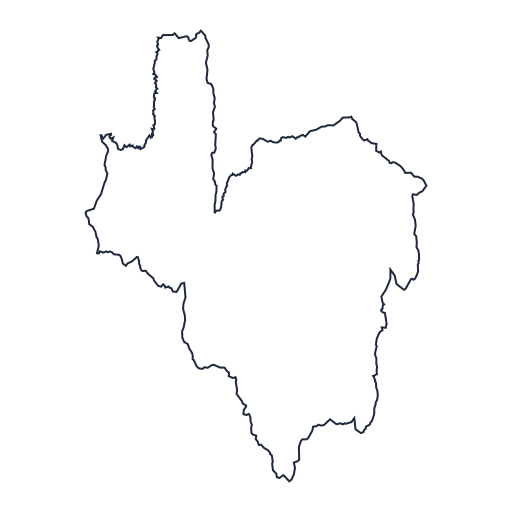 Pacho, Cundinamarca, Colombia
{"feature_id": "7082276B92865884587662", "entity_name": "Pacho", "entity_type": "district", "adm_level": 2, "iso_a3": "COL", "parent_name": "Colombia", "parent_adm1": "Cundinamarca", "projection": "equal_earth", "projection_center": [-74.189, 5.166], "detail": "fine", "context": "isolated", "style": "outline", "palette": "slate", "viewbox_px": 512, "rotation_deg": 0, "n_neighbors": 0, "source": "geoboundaries", "source_scale": "gbopen_adm2", "svg_char_len": 6031}
<svg xmlns="http://www.w3.org/2000/svg" viewBox="0 0 512 512"><path d="M298.9,137.1L296.8,137.4L295.8,138.7L292.4,136.2L289.7,137.5L288.1,136.9L285.9,137.9L282.7,137.1L281.3,138.0L280.7,140.5L279.6,140.5L279.5,141.3L277.3,142.6L273.0,142.2L270.5,140.7L267.9,141.8L262.3,138.7L259.4,138.5L257.5,140.7L256.8,140.6L253.3,144.8L252.5,145.0L251.3,147.3L252.3,156.6L251.6,159.2L252.2,161.9L250.9,166.7L251.1,168.2L248.6,168.1L247.9,169.7L246.5,170.9L245.3,170.5L245.2,172.2L242.3,172.1L241.5,173.2L240.5,173.3L239.8,174.8L237.9,174.5L235.8,175.8L232.8,173.6L232.3,175.0L231.1,175.2L229.2,177.3L226.8,183.6L227.1,185.9L226.2,186.8L225.2,189.9L225.5,192.0L223.7,193.5L223.6,196.3L222.6,196.4L222.4,198.4L223.1,199.7L221.6,201.4L221.2,206.9L220.3,209.3L219.5,210.6L216.0,210.7L214.7,213.2L214.6,204.9L215.5,200.7L215.5,195.2L216.4,191.9L216.6,185.9L215.4,184.7L214.7,181.2L213.2,179.1L214.1,173.5L212.5,168.3L212.6,159.5L211.3,155.1L212.2,152.8L214.3,152.7L215.8,148.6L215.2,144.3L215.9,134.3L214.0,132.2L216.3,128.7L213.4,126.5L212.7,125.0L213.0,121.1L213.7,120.3L213.0,112.2L214.9,106.9L214.0,103.0L214.7,97.9L213.4,93.7L213.3,88.7L211.4,84.2L207.5,82.8L206.5,78.8L207.5,69.9L205.9,62.6L207.7,55.7L207.3,50.2L208.7,47.3L208.7,44.4L205.6,38.2L205.2,35.5L200.9,30.7L198.9,33.0L196.6,33.8L195.9,35.1L196.3,36.3L195.7,37.9L191.1,41.0L189.6,40.8L188.5,38.8L188.5,37.6L186.8,36.2L178.7,38.1L174.6,33.3L172.7,35.0L162.9,35.1L161.0,38.1L158.0,37.6L158.6,39.0L157.3,41.3L158.1,44.8L157.3,45.1L157.0,46.4L159.1,49.9L158.2,50.1L158.0,51.2L156.4,52.1L157.3,52.8L157.5,54.1L156.5,56.6L156.4,59.5L154.8,60.6L154.9,62.2L153.3,69.0L154.4,72.0L153.4,74.0L154.7,74.1L157.0,76.8L156.6,77.5L155.4,77.3L154.2,78.9L156.7,80.9L154.9,83.0L156.2,84.6L155.9,87.5L157.3,88.6L155.1,91.2L156.7,93.0L154.7,93.1L154.1,94.2L153.9,96.9L154.9,98.0L154.3,98.7L155.0,99.7L153.9,101.9L154.1,106.0L153.7,107.0L154.7,109.1L153.1,110.3L153.5,112.8L153.0,114.0L154.9,116.1L154.3,116.9L155.1,122.0L154.7,124.5L153.4,125.2L154.4,128.8L153.8,129.4L151.9,128.9L153.0,131.5L152.0,133.6L153.0,134.0L153.2,135.1L152.1,135.0L152.1,136.8L151.0,136.4L150.7,137.4L149.4,135.4L145.9,140.7L145.9,142.7L144.3,145.4L144.5,146.8L140.5,149.1L140.0,147.1L138.9,148.0L138.5,146.8L137.7,147.6L136.8,146.5L135.7,148.2L133.5,147.1L132.7,145.6L131.8,146.2L130.8,145.5L130.0,146.2L129.5,144.7L126.5,147.2L124.4,145.2L122.9,149.1L120.7,150.0L117.8,148.7L117.7,146.2L116.5,143.3L112.1,140.8L113.3,137.5L110.9,138.7L109.7,137.6L109.5,136.2L111.1,134.8L111.0,133.8L106.2,134.8L103.1,138.7L102.0,137.8L101.7,135.3L100.6,135.3L102.1,141.7L105.8,145.1L108.0,149.0L108.0,151.5L106.3,155.5L104.5,164.8L105.6,167.5L105.7,170.0L107.4,173.7L105.9,179.9L104.4,183.0L101.0,194.3L96.8,200.6L93.9,208.7L86.8,211.0L85.6,212.5L85.9,214.6L86.9,216.9L88.0,217.6L88.9,220.4L89.2,224.1L92.7,226.7L95.4,231.7L96.6,237.2L97.8,239.1L98.8,245.8L96.8,253.9L97.6,252.9L98.8,253.4L100.0,251.3L103.3,252.6L106.3,251.4L107.6,252.2L109.8,251.5L111.9,252.2L113.9,254.3L119.2,254.8L120.4,255.9L121.7,258.9L122.8,263.5L125.9,265.8L127.4,263.6L132.3,261.2L136.9,256.9L137.8,257.1L139.1,261.3L139.1,264.0L140.3,265.8L140.2,267.7L141.3,270.2L142.8,271.1L145.6,270.7L148.1,273.9L153.2,278.2L154.2,280.8L158.1,285.8L161.1,286.7L163.1,284.3L164.7,285.7L165.3,287.6L168.7,286.5L169.5,287.7L171.3,288.2L172.9,291.5L176.6,291.9L181.3,283.6L184.2,282.9L185.5,297.3L183.4,304.1L183.1,309.0L184.8,315.4L185.1,320.2L183.6,327.6L182.1,331.3L182.3,337.5L184.1,341.9L187.9,344.2L189.0,348.0L192.2,353.3L192.8,356.3L192.6,359.1L193.9,360.2L196.5,366.0L198.7,368.3L202.5,368.9L204.5,367.2L207.6,367.8L211.8,365.1L213.7,364.8L220.1,367.6L224.5,367.6L227.0,371.2L229.0,372.6L228.8,376.2L232.5,377.8L234.1,377.9L235.4,377.1L236.2,379.4L235.8,382.5L237.1,389.7L236.6,393.9L241.8,401.0L242.8,403.6L246.2,405.6L246.1,406.7L243.8,409.8L243.5,414.2L246.5,415.0L248.7,414.0L249.3,414.4L250.4,417.3L250.7,422.2L251.8,424.6L251.1,428.7L251.5,433.2L252.9,434.6L256.3,435.7L255.7,439.1L257.8,441.7L258.8,445.0L261.0,444.7L264.1,448.0L268.0,450.3L270.2,453.0L270.2,454.2L271.8,455.3L272.8,461.9L272.1,463.7L273.0,470.3L276.2,473.6L276.9,477.2L279.4,478.0L283.4,475.1L289.3,481.3L291.5,479.5L293.8,474.6L295.0,467.8L293.8,462.6L297.2,461.4L299.2,459.8L298.9,446.7L301.1,440.7L302.4,439.3L306.7,439.3L308.3,437.8L312.3,430.7L313.1,426.6L316.8,426.1L318.3,424.7L321.5,425.6L324.2,424.9L330.0,419.3L336.4,424.2L340.8,423.3L342.7,424.4L344.6,423.3L345.6,423.8L351.4,422.1L354.3,418.1L355.5,429.3L361.0,433.1L363.5,432.0L364.1,429.9L365.7,428.8L365.9,426.6L369.6,424.8L370.7,422.2L372.1,420.7L374.2,414.0L374.3,408.2L375.7,404.0L375.7,402.4L377.0,400.2L377.8,395.5L377.3,390.5L376.2,387.6L376.0,383.0L374.8,381.2L375.3,380.0L374.4,378.9L374.0,376.5L373.2,376.0L376.9,374.2L376.6,370.4L377.1,366.9L376.3,363.8L376.4,358.8L374.9,353.9L376.7,346.1L376.0,344.9L376.1,343.1L376.8,338.5L379.6,332.2L382.5,330.2L381.7,327.4L385.7,327.8L386.6,323.8L384.9,312.9L382.7,312.4L381.1,310.6L381.3,309.6L382.4,309.1L382.9,305.1L384.1,304.4L382.5,302.4L381.4,296.5L385.8,289.8L389.6,280.9L390.4,278.1L390.4,269.6L394.7,275.6L396.5,284.0L403.7,289.6L404.6,289.7L405.9,288.3L411.0,279.1L412.2,278.8L413.7,279.7L415.2,278.5L416.8,275.1L418.1,271.4L417.8,264.6L418.6,263.2L418.4,260.6L419.1,260.1L419.0,254.3L418.3,250.4L416.5,247.2L416.8,242.5L416.2,236.2L414.2,234.0L415.7,225.8L415.0,219.7L412.9,214.8L413.8,211.2L413.4,209.8L413.7,204.3L412.3,196.1L412.9,194.3L416.8,194.9L419.3,192.6L422.2,191.4L426.4,185.7L423.6,180.3L422.0,178.7L417.7,176.7L414.4,176.7L411.0,172.7L405.2,172.9L403.6,169.7L400.7,166.3L395.4,162.7L392.5,162.2L391.3,163.2L389.9,163.0L389.1,161.0L382.1,155.5L381.2,153.8L380.9,151.5L379.1,152.5L376.1,150.7L376.4,143.9L371.8,143.2L367.9,140.5L367.4,139.2L364.3,140.5L362.5,139.3L360.0,135.7L360.0,133.9L358.6,132.3L356.7,123.4L355.8,121.9L352.3,119.0L351.3,116.7L349.6,117.4L342.8,117.6L339.9,120.8L333.5,125.4L327.9,125.2L325.5,126.4L321.6,126.7L316.0,129.8L310.0,131.2L305.2,136.6L302.9,134.9L299.9,136.0L298.9,137.1Z" fill="none" stroke="#1e293b" stroke-width="2"/></svg>